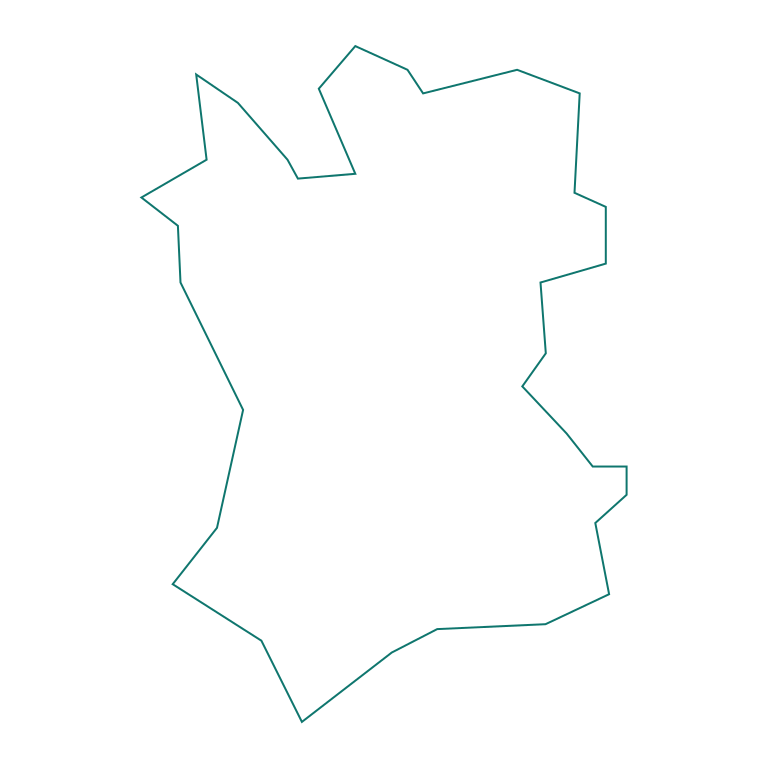 map outline of Priekules (Mercator projection)
{"feature_id": "LVA-5715", "entity_name": "Priekules", "entity_type": "Municipality", "adm_level": 1, "iso_a3": "LVA", "parent_name": "Latvia", "parent_adm1": "", "projection": "mercator", "projection_center": [21.576, 56.419], "detail": "fine", "context": "isolated", "style": "outline", "palette": "teal", "viewbox_px": 768, "rotation_deg": 0, "n_neighbors": 0, "source": "natural_earth", "source_scale": "10m", "svg_char_len": 552}
<svg xmlns="http://www.w3.org/2000/svg" viewBox="0 0 768 768"><path d="M609.1,594.2L545.5,624.2L437.2,629.1L391.8,652.5L301.9,721.9L261.4,640.7L172.7,584.2L217.0,527.8L243.1,409.9L180.5,282.5L177.9,225.8L141.4,197.5L206.6,159.7L196.2,74.5L237.9,102.9L287.5,159.7L297.9,178.6L355.3,173.8L318.8,88.7L355.3,46.1L407.5,69.8L423.1,93.4L517.1,69.8L579.7,93.4L574.5,192.8L605.8,206.9L605.8,263.6L540.5,282.5L545.8,353.3L522.3,386.4L566.6,433.5L592.7,466.5L626.6,466.5L626.6,494.8L595.3,523.0L609.1,594.2Z" fill="none" stroke="#0f766e" stroke-width="2"/></svg>